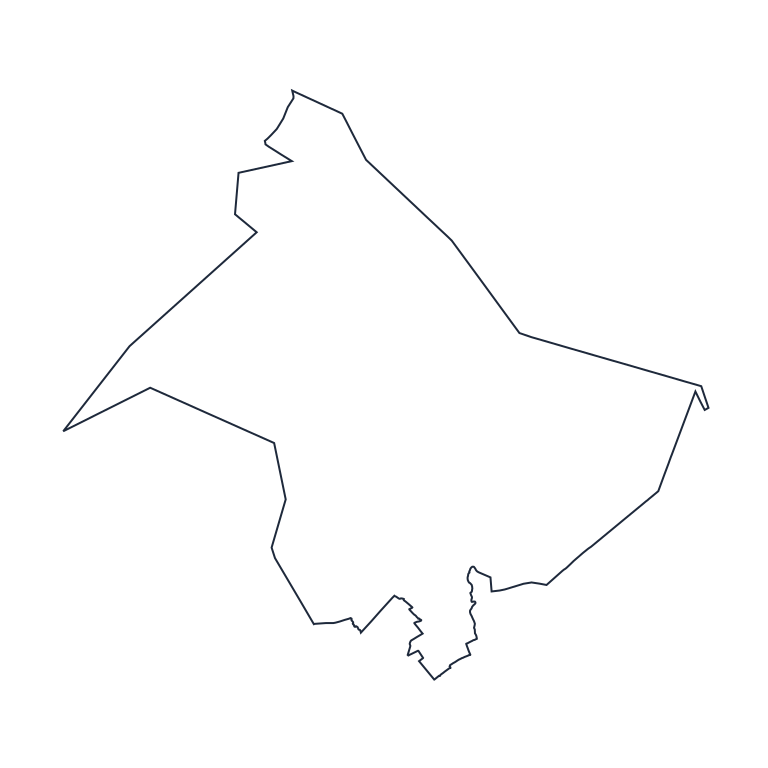 Santa Bárbara, Chihuahua, Mexico, rotated 87°
{"feature_id": "50627088B80786091806362", "entity_name": "Santa Bárbara", "entity_type": "district", "adm_level": 2, "iso_a3": "MEX", "parent_name": "Mexico", "parent_adm1": "Chihuahua", "projection": "mercator", "projection_center": [-105.704, 26.798], "detail": "fine", "context": "isolated", "style": "outline", "palette": "slate", "viewbox_px": 768, "rotation_deg": 87, "n_neighbors": 0, "source": "geoboundaries", "source_scale": "gbopen_adm2", "svg_char_len": 4734}
<svg xmlns="http://www.w3.org/2000/svg" viewBox="0 0 768 768"><g transform="rotate(87 384 384)"><path d="M415.5,63.8L402.8,67.3L401.6,70.7L396.9,84.4L391.1,101.0L385.3,117.8L385.0,118.7L373.3,152.4L373.1,153.1L366.8,171.3L358.7,194.7L351.1,216.5L346.1,230.9L345.5,232.7L344.9,234.4L340.2,246.1L315.6,262.2L287.4,280.6L263.6,296.2L262.1,297.2L261.5,297.6L261.0,297.9L244.4,308.8L240.7,312.2L220.4,331.7L159.2,390.2L132.2,402.4L119.4,408.1L111.9,411.5L88.3,456.4L86.2,460.3L91.8,459.3L94.0,459.5L102.5,465.6L113.6,470.7L123.7,477.7L129.3,483.5L132.9,487.5L135.0,490.3L137.1,489.9L138.5,489.8L141.1,486.5L149.6,474.5L156.6,464.4L165.5,518.2L206.7,523.9L225.8,503.2L332.9,636.1L414.4,706.8L375.5,617.7L404.1,561.7L406.7,556.6L437.2,496.8L494.1,488.2L541.5,504.8L552.1,502.0L596.6,478.8L620.2,466.6L619.9,465.8L619.7,454.5L620.1,447.2L619.8,444.9L618.9,440.7L617.5,435.5L616.7,431.9L616.3,430.5L616.1,430.1L616.0,429.6L616.3,429.1L616.6,428.7L617.2,428.6L617.5,428.7L617.8,428.9L618.1,428.8L618.5,428.7L618.9,428.3L619.5,427.8L620.3,427.3L621.0,427.3L621.6,427.7L622.0,427.6L622.4,427.4L622.6,426.9L622.9,426.7L623.3,426.6L624.1,426.5L624.7,426.2L625.0,425.6L624.9,425.1L624.5,425.0L624.4,424.8L624.5,424.4L625.1,423.5L625.3,423.2L625.9,423.0L626.6,422.6L627.3,422.5L627.8,422.2L628.1,421.8L628.3,421.1L628.6,420.7L629.0,420.5L629.7,420.4L631.1,420.1L620.3,409.1L610.4,399.4L598.3,387.2L597.9,386.8L596.0,384.7L596.5,384.2L596.8,383.4L597.3,382.6L597.9,381.9L599.0,380.4L599.3,379.8L599.3,379.1L599.1,378.8L599.0,378.4L599.0,377.9L599.3,376.5L599.6,375.7L599.8,375.4L600.3,375.6L600.5,375.7L601.1,375.4L602.4,373.8L605.1,370.9L608.3,367.6L608.6,367.4L608.9,367.6L609.7,369.3L610.1,370.3L610.2,370.5L610.5,370.5L610.9,370.2L612.6,368.8L614.4,367.3L616.0,365.8L616.6,364.9L617.2,364.3L618.5,363.4L619.6,362.3L620.2,362.0L620.2,361.9L620.1,361.3L620.2,361.0L620.4,360.8L620.8,360.6L621.1,360.3L621.4,359.5L621.7,359.2L621.9,359.2L622.2,359.3L622.4,359.7L622.8,360.7L623.0,361.8L623.2,363.6L624.1,366.1L624.4,366.2L624.7,366.1L626.1,365.1L629.0,362.9L632.4,360.6L635.3,358.5L636.9,361.5L638.5,364.6L640.0,367.3L641.5,370.2L642.0,370.7L642.8,371.2L644.0,371.7L644.7,371.9L645.1,371.9L645.7,371.7L646.3,371.5L646.7,371.4L647.0,371.4L647.3,371.5L647.7,371.6L655.8,374.5L656.4,373.9L656.3,373.6L656.0,373.1L655.6,372.2L655.4,371.7L655.1,370.9L654.7,370.0L652.2,364.1L652.2,363.8L652.3,363.6L659.6,359.3L659.8,359.4L662.6,363.5L681.8,349.3L681.6,348.9L678.4,344.5L678.3,344.3L678.4,344.0L678.5,343.8L678.4,343.6L678.4,343.4L678.2,343.2L677.8,343.1L677.5,342.9L676.7,341.8L675.7,340.2L674.4,338.4L671.4,333.8L671.2,333.4L671.1,332.8L671.1,332.6L670.8,332.5L670.3,332.6L669.9,332.8L669.5,333.1L669.4,333.2L669.2,333.1L668.6,332.9L668.2,332.7L667.0,330.6L666.4,329.6L665.4,327.5L665.2,327.2L665.0,326.8L664.6,326.2L664.2,325.5L663.8,324.8L663.2,323.8L662.9,322.9L662.4,321.9L662.2,321.3L661.7,320.3L661.6,319.6L660.8,317.8L660.2,315.9L659.5,313.9L659.1,313.2L659.2,312.6L659.1,312.1L658.9,312.0L658.6,312.0L658.4,312.1L658.1,312.3L657.6,312.4L656.1,313.0L654.6,313.5L651.9,314.3L650.4,314.8L648.2,315.4L647.8,315.5L647.6,315.3L647.4,314.7L647.2,313.9L646.8,313.2L646.4,312.3L645.8,311.0L645.2,309.5L644.5,308.2L644.4,307.6L644.3,307.0L644.1,306.5L643.8,305.9L643.6,305.4L643.4,304.7L642.9,304.6L640.3,305.0L639.0,305.5L637.8,306.2L633.9,306.2L632.4,306.8L631.9,306.8L631.4,306.6L629.2,306.0L628.2,305.8L625.6,306.5L623.3,307.5L620.1,308.7L618.3,309.6L616.7,310.0L615.1,310.0L614.1,309.5L612.7,308.3L611.2,307.7L609.8,306.5L608.7,305.1L607.9,304.3L607.3,304.1L606.5,304.3L606.1,304.6L605.9,305.5L606.1,306.8L606.2,307.6L605.9,307.9L605.5,308.0L604.4,308.1L603.4,307.8L602.4,307.4L601.8,307.3L601.0,307.4L599.4,308.1L597.9,308.5L597.4,308.7L597.2,308.7L596.8,308.3L596.4,307.6L595.9,307.2L595.0,306.9L594.4,306.9L593.0,306.5L590.8,306.6L589.1,307.0L588.4,307.6L587.3,308.5L586.9,309.3L585.8,310.0L584.1,310.6L582.6,310.7L581.3,310.6L580.0,310.1L579.1,310.0L577.8,309.6L577.2,309.1L577.0,308.7L576.6,308.5L576.4,308.5L576.0,308.7L575.7,308.6L574.3,307.9L573.0,307.4L572.7,307.2L571.8,306.4L571.1,305.4L571.1,304.5L571.3,303.8L572.1,303.2L573.4,302.4L574.4,302.0L575.2,301.5L576.1,300.7L577.0,299.3L582.4,288.4L582.7,287.8L596.8,287.4L596.3,279.4L595.5,274.1L591.5,257.9L590.8,255.2L589.9,246.9L590.0,246.6L591.5,239.2L593.2,232.2L580.0,215.7L578.7,213.9L578.3,213.1L577.9,212.4L577.0,211.2L575.9,209.9L573.6,207.2L570.6,203.8L563.2,194.3L559.5,189.2L558.7,188.0L557.4,185.8L532.3,152.0L516.6,130.8L514.8,128.4L513.9,127.0L512.6,125.4L509.2,120.8L505.4,115.7L489.0,108.7L478.0,103.9L475.8,103.0L471.1,101.0L470.3,100.6L443.2,88.8L407.8,73.4L418.1,69.0L426.7,65.1L424.8,61.2L415.8,63.7L415.5,63.8Z" fill="none" stroke="#1e293b" stroke-width="2"/></g></svg>